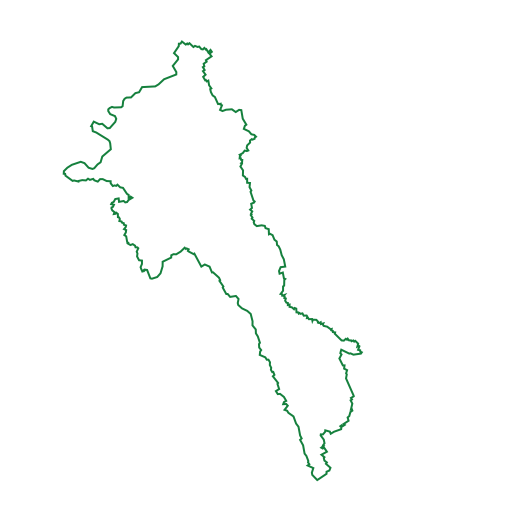 Doem Bang Nang Buat, Suphan Buri, Thailand (Natural Earth projection), rotated 230°
{"feature_id": "78962969B7020307767392", "entity_name": "Doem Bang Nang Buat", "entity_type": "district", "adm_level": 2, "iso_a3": "THA", "parent_name": "Thailand", "parent_adm1": "Suphan Buri", "projection": "natural_earth1", "projection_center": [99.985, 14.865], "detail": "fine", "context": "isolated", "style": "outline", "palette": "green", "viewbox_px": 512, "rotation_deg": 230, "n_neighbors": 0, "source": "geoboundaries", "source_scale": "gbopen_adm2", "svg_char_len": 6092}
<svg xmlns="http://www.w3.org/2000/svg" viewBox="0 0 512 512"><g transform="rotate(230 256 256)"><path d="M444.9,168.3L444.5,163.4L442.6,161.6L441.6,162.6L440.0,161.7L431.4,163.8L430.8,165.2L427.2,167.8L427.6,168.2L425.8,171.7L423.2,174.3L423.2,177.0L421.1,177.7L419.7,180.9L417.9,180.8L414.7,182.6L415.1,186.0L413.4,188.0L409.4,189.8L406.7,192.7L405.1,191.4L401.6,191.3L401.0,193.0L399.6,194.0L399.7,195.7L395.9,196.1L393.7,197.9L386.6,197.1L384.6,197.7L382.6,196.0L382.2,198.1L380.1,198.7L380.8,194.4L380.2,191.9L381.1,190.3L383.2,190.0L385.5,185.9L388.4,187.8L390.1,184.8L388.9,181.7L389.4,179.8L388.8,178.4L386.6,180.1L385.6,178.0L386.0,176.5L385.3,175.8L383.3,175.2L380.5,175.8L379.5,174.1L378.6,175.6L378.9,176.8L377.0,177.2L374.5,175.2L373.6,175.9L371.9,175.5L370.6,173.8L368.8,175.2L367.6,174.8L366.1,175.8L364.9,174.9L362.9,176.1L361.9,174.8L361.4,172.2L359.3,173.2L357.7,171.4L356.7,168.6L354.5,169.2L349.5,166.3L348.3,166.6L348.1,165.8L345.1,166.9L344.3,169.2L341.6,170.0L340.1,169.3L338.8,170.7L337.6,170.8L336.0,167.4L334.1,166.8L332.1,164.6L327.9,163.7L325.8,165.7L323.2,163.5L321.6,160.4L319.5,159.6L317.3,159.0L317.3,161.2L316.5,160.8L316.5,162.6L315.3,163.6L306.8,160.7L305.5,161.7L303.4,166.8L304.1,171.7L308.1,177.8L311.6,180.8L309.3,190.0L311.0,191.6L310.4,194.0L308.6,195.9L307.8,201.1L308.2,206.7L306.5,206.8L306.4,207.7L304.4,208.7L303.7,207.1L302.5,207.4L297.4,209.5L297.4,210.3L283.0,207.3L282.4,211.3L277.7,213.6L271.7,211.7L271.1,212.6L263.2,213.7L260.5,213.0L260.4,212.0L253.6,211.4L253.2,210.2L246.0,208.8L245.1,209.9L241.3,209.9L238.3,214.9L234.3,215.0L231.7,211.8L229.9,210.9L224.9,211.6L219.6,214.0L215.0,214.7L208.2,211.4L205.1,208.7L199.9,208.6L196.8,206.2L193.2,205.7L187.0,203.2L186.6,201.7L183.8,199.6L180.6,199.5L180.1,197.7L177.8,195.3L172.4,198.0L169.6,197.6L168.6,198.9L165.6,198.4L163.6,196.5L160.6,195.8L159.3,194.3L156.6,193.8L156.1,194.7L153.1,193.7L153.0,191.6L144.5,191.3L144.2,190.2L139.2,188.2L139.7,184.4L136.2,183.9L134.9,185.8L130.1,186.8L125.6,186.0L126.1,183.5L125.0,181.6L123.2,184.0L120.9,184.1L119.8,179.0L117.4,180.4L115.1,180.0L109.0,181.6L101.9,179.0L97.9,178.8L90.1,174.4L86.9,173.7L86.8,171.6L80.7,170.4L73.4,166.2L70.5,166.1L65.3,164.3L64.5,163.2L62.2,163.0L62.3,160.9L56.7,163.6L54.1,159.5L52.1,158.4L45.0,158.9L43.8,170.0L45.4,171.4L44.5,174.3L45.9,176.9L51.9,176.0L52.3,177.6L55.3,176.9L57.7,178.1L57.9,179.1L61.7,178.4L60.5,184.5L65.6,185.0L65.6,183.4L67.2,182.8L67.1,185.9L67.9,185.7L68.5,188.1L71.8,189.9L77.0,190.2L77.7,191.0L76.3,192.6L76.9,196.0L77.9,197.0L74.0,199.7L71.8,199.0L71.2,202.9L68.6,209.9L69.9,211.3L71.4,211.2L71.3,212.5L70.3,211.8L69.9,213.1L69.6,215.4L71.0,215.1L70.3,221.0L73.4,222.4L73.4,224.5L75.8,228.0L75.6,230.4L77.2,231.0L77.5,230.2L81.0,234.9L84.6,235.7L84.4,237.3L86.2,237.5L85.7,240.7L86.2,241.0L104.4,246.3L106.9,249.4L108.2,249.6L110.0,252.4L113.1,251.1L115.3,253.5L116.4,252.2L123.9,254.0L125.6,258.2L127.3,258.1L128.7,260.0L129.4,261.1L121.3,264.7L120.7,265.8L117.8,267.2L113.8,273.6L114.2,275.1L115.7,274.4L116.8,275.2L118.5,273.9L120.4,277.2L121.2,277.0L121.5,275.5L123.2,277.9L127.2,277.5L127.3,276.2L128.7,276.3L129.3,274.4L130.2,274.6L131.6,273.0L133.7,273.1L133.4,271.9L134.8,271.6L134.7,268.9L136.3,267.3L145.8,266.4L146.6,267.5L148.3,266.0L149.3,266.7L150.7,265.9L151.5,267.0L151.9,266.1L156.1,265.1L159.0,262.9L160.6,263.2L161.1,264.2L162.1,262.0L163.7,263.0L164.0,261.4L164.9,261.0L164.6,260.0L165.8,261.3L168.3,261.2L170.6,258.7L170.0,257.5L171.7,258.4L173.6,255.9L175.0,256.1L175.7,255.1L176.6,256.4L177.9,256.5L179.6,254.2L182.2,254.7L183.1,252.9L184.4,252.7L184.4,251.7L185.8,252.0L186.8,250.8L189.8,253.0L191.3,252.2L190.8,250.9L193.6,250.5L195.5,249.0L197.2,250.5L198.0,248.9L199.5,250.2L200.7,249.3L203.0,249.6L204.3,251.5L205.6,250.7L206.2,251.7L207.5,251.6L207.8,252.9L208.7,250.6L210.1,251.3L211.1,250.5L212.0,254.4L215.3,257.2L215.2,258.5L219.5,262.3L219.6,263.6L220.9,263.0L226.1,265.9L227.3,262.7L229.7,264.0L231.6,267.7L229.1,271.6L235.6,275.2L240.1,276.2L245.3,278.7L248.9,279.6L250.9,279.2L253.8,281.2L256.6,280.6L261.3,282.1L264.0,281.0L264.3,279.9L268.4,283.0L271.2,281.2L273.4,282.1L275.9,280.0L278.4,275.8L281.5,275.2L283.4,276.0L284.0,277.2L287.3,276.7L287.7,278.0L290.7,278.3L290.7,279.3L291.6,279.4L292.6,281.8L295.3,281.3L295.4,283.8L299.1,285.9L298.2,288.8L298.6,290.0L300.1,289.7L308.7,293.1L309.1,294.5L312.9,295.3L315.8,298.3L317.8,296.3L320.8,298.8L321.3,297.9L323.6,298.4L326.1,297.7L329.9,301.1L334.6,301.6L335.7,304.5L336.6,304.3L336.5,305.3L338.4,307.2L339.1,306.4L340.7,307.1L341.3,306.2L342.8,307.8L342.8,308.7L344.0,308.6L343.3,312.0L344.0,315.1L342.3,316.4L341.8,317.9L344.8,318.3L346.4,320.3L346.7,324.4L348.3,325.6L348.2,327.9L347.4,328.1L346.7,330.2L347.6,331.3L347.4,332.7L349.9,332.5L352.2,330.7L356.1,330.7L361.2,328.4L362.9,331.2L362.8,333.0L369.7,334.1L377.2,338.5L378.8,337.0L379.3,333.0L383.9,331.8L387.3,327.1L388.6,323.5L391.0,322.4L393.3,326.8L395.0,326.1L395.4,326.7L396.8,324.6L404.2,326.7L406.9,326.0L410.5,326.8L413.3,328.2L413.1,329.5L416.9,329.8L421.0,332.2L421.4,330.5L423.1,330.7L423.3,330.0L427.2,330.7L427.3,333.9L431.7,334.2L431.5,336.2L434.8,336.7L434.5,338.3L436.9,339.5L436.6,343.1L438.2,343.5L437.5,350.3L440.8,350.4L440.8,353.4L443.1,353.6L442.6,350.3L446.3,350.9L446.3,350.3L448.6,350.2L448.4,348.1L449.6,347.1L453.0,347.1L453.6,345.7L456.2,344.3L456.3,342.4L461.8,341.8L461.8,340.0L463.0,339.9L463.1,338.1L467.9,337.1L467.2,334.7L468.2,333.4L466.4,331.7L464.1,323.6L458.5,324.2L456.7,322.7L455.1,314.4L448.1,313.2L446.3,311.6L450.5,299.2L450.1,291.7L450.7,287.8L458.6,277.3L456.6,271.7L458.3,268.3L457.8,262.2L460.6,258.6L460.9,256.4L460.1,253.9L456.5,250.1L456.6,248.3L461.0,242.7L462.8,241.5L463.4,238.9L463.3,237.1L462.0,236.0L458.4,235.5L453.8,237.9L450.9,237.1L449.2,234.4L448.0,226.2L449.3,224.3L456.1,223.2L457.7,220.6L463.2,218.1L461.4,213.2L460.6,213.7L456.5,211.2L453.3,213.0L440.3,217.3L438.1,217.6L436.0,216.7L431.1,213.4L431.0,202.2L427.7,197.2L428.0,193.5L427.2,188.5L427.8,186.7L431.2,184.5L437.4,184.3L440.8,182.3L444.2,173.6L444.9,168.3Z" fill="none" stroke="#15803d" stroke-width="2"/></g></svg>